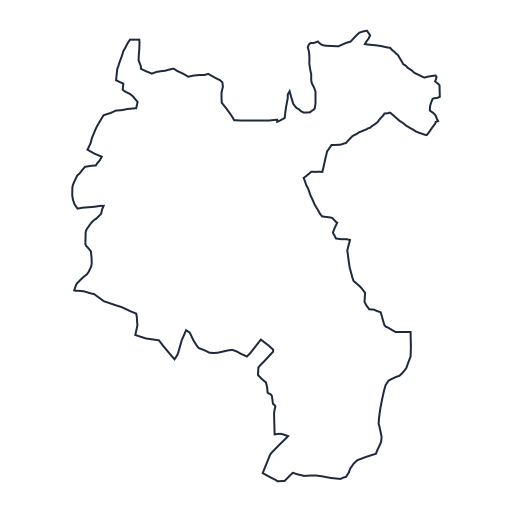 Al-Mosul, Ninawa, Iraq
{"feature_id": "34846034B66599568712680", "entity_name": "Al-Mosul", "entity_type": "district", "adm_level": 2, "iso_a3": "IRQ", "parent_name": "Iraq", "parent_adm1": "Ninawa", "projection": "natural_earth1", "projection_center": [43.075, 36.099], "detail": "fine", "context": "isolated", "style": "outline", "palette": "slate", "viewbox_px": 512, "rotation_deg": 0, "n_neighbors": 0, "source": "geoboundaries", "source_scale": "gbopen_adm2", "svg_char_len": 5497}
<svg xmlns="http://www.w3.org/2000/svg" viewBox="0 0 512 512"><path d="M438.1,121.0L437.0,119.1L435.3,115.0L433.5,113.2L429.8,110.5L430.0,107.0L430.5,104.5L431.6,101.3L432.6,98.9L433.5,98.4L437.3,97.9L439.8,96.8L439.5,85.2L438.6,84.3L435.1,81.3L436.1,78.9L436.5,76.8L435.5,75.5L432.5,75.9L428.1,76.6L424.4,77.6L422.0,76.6L419.2,75.1L415.9,73.6L414.0,72.5L411.7,70.4L408.6,68.4L407.3,67.4L405.8,65.7L403.3,64.3L402.2,62.2L399.0,56.9L398.1,55.2L395.8,53.4L394.6,52.0L392.2,50.1L390.2,47.9L385.5,47.1L381.4,46.1L375.9,45.3L367.3,44.5L364.9,44.1L366.6,41.2L368.5,38.7L370.1,35.3L369.6,34.5L366.9,30.7L363.3,31.4L359.8,32.5L358.3,33.6L355.4,36.4L352.2,39.9L350.4,41.7L346.3,42.8L340.2,45.5L338.5,46.3L327.1,45.8L323.1,45.3L321.1,44.4L318.8,42.6L317.9,41.5L316.6,42.0L313.4,43.1L310.6,43.0L309.2,44.1L308.4,45.7L307.9,46.5L307.8,47.6L308.2,48.7L308.9,51.5L309.2,53.8L309.4,57.4L309.4,60.1L309.3,63.5L310.0,68.4L310.6,71.6L311.2,74.3L311.2,76.3L311.2,79.8L311.5,82.2L312.4,84.4L314.2,87.9L315.5,91.6L315.5,94.8L315.5,101.4L315.5,103.8L314.9,107.3L314.6,108.9L309.7,112.4L303.7,112.6L300.9,111.1L298.6,109.1L296.5,108.0L294.6,105.7L293.3,104.0L291.5,98.1L289.6,91.3L287.8,94.4L287.7,98.4L286.0,107.3L285.2,113.4L284.7,118.0L279.7,120.7L277.2,121.8L277.1,119.7L269.3,120.5L252.2,120.5L240.8,120.5L234.2,120.2L231.7,116.0L226.3,108.4L221.7,102.7L221.5,96.2L221.5,92.5L222.9,86.6L222.4,82.4L219.9,80.1L215.1,77.8L208.3,73.9L204.4,75.0L199.2,75.0L193.5,75.6L188.2,76.7L186.4,75.6L183.5,73.9L176.9,70.8L173.9,68.8L172.1,68.8L169.3,69.6L164.8,70.8L161.6,71.1L156.6,71.9L151.8,73.6L145.7,71.1L140.9,68.8L140.9,66.3L140.0,64.0L139.1,61.7L138.6,60.3L138.8,55.2L139.3,48.7L139.5,43.1L139.3,39.7L130.0,39.7L127.4,43.6L124.9,48.5L123.3,51.2L123.0,52.3L121.7,56.5L120.3,60.2L119.2,63.2L118.1,66.9L117.3,68.6L116.4,77.0L116.1,80.3L120.1,82.2L123.3,83.6L122.7,89.8L125.5,91.8L129.9,93.9L132.9,96.3L137.6,102.0L136.2,108.2L127.4,109.0L122.1,110.1L115.8,110.6L110.6,113.0L103.6,115.2L102.3,117.3L97.2,125.9L95.5,129.4L91.9,138.1L90.5,143.4L87.5,149.7L94.9,153.9L101.8,156.7L99.5,160.7L97.2,163.3L95.8,165.5L92.2,165.7L89.4,166.1L85.0,166.8L82.0,170.3L79.5,173.6L77.2,175.5L76.2,177.7L74.7,180.8L73.0,184.7L72.4,187.3L72.3,190.4L72.2,195.0L72.9,199.6L74.5,204.2L77.5,208.6L82.6,207.7L94.1,206.8L100.1,205.9L103.6,205.9L102.0,209.7L101.2,213.6L99.9,215.1L96.7,218.2L93.2,220.8L91.1,223.0L88.6,226.5L87.2,228.5L86.0,230.7L85.6,233.3L85.4,244.2L86.1,245.8L88.9,248.8L90.9,251.4L91.6,258.7L91.7,263.7L91.2,266.5L88.7,271.8L87.0,274.2L84.0,276.6L81.7,278.6L80.2,280.1L78.3,282.1L76.9,283.4L75.6,286.2L74.2,290.4L75.8,290.8L79.0,290.8L83.9,291.3L87.6,292.4L90.8,293.4L94.2,294.1L98.6,297.4L104.0,301.3L115.9,305.3L121.9,307.2L130.3,311.2L136.2,313.6L136.7,316.0L137.4,325.4L135.3,335.0L146.0,338.5L154.0,339.6L158.9,340.3L163.0,345.7L170.8,355.0L174.5,359.3L177.3,355.0L177.3,354.9L178.0,353.4L180.5,344.7L181.7,340.3L184.2,334.6L186.1,330.2L189.7,332.6L190.7,334.6L193.4,340.3L197.4,346.6L199.0,348.2L203.6,349.9L206.1,351.0L209.3,352.7L210.4,352.8L213.7,353.0L216.9,352.8L217.9,352.7L227.6,350.5L228.5,350.3L232.2,349.9L234.1,350.5L236.7,351.4L240.9,353.8L242.4,354.5L246.9,356.5L248.9,354.5L250.6,352.7L255.0,347.1L258.4,342.7L260.9,339.6L264.9,342.7L268.3,345.3L273.2,349.7L273.1,351.7L264.0,361.5L260.7,364.8L258.4,367.4L258.2,370.9L258.0,375.1L262.8,379.9L266.0,382.5L267.2,387.8L267.6,392.8L270.9,394.5L271.8,395.9L272.3,398.7L272.7,402.2L273.1,404.0L274.6,405.1L275.4,406.4L274.6,409.6L274.1,413.1L274.1,416.4L274.3,423.0L274.6,433.9L274.6,434.4L275.9,434.2L277.8,433.9L281.1,433.9L281.3,433.9L282.4,434.2L283.8,434.6L288.1,436.1L284.9,439.4L279.4,444.7L275.2,449.0L271.1,453.2L269.9,455.2L262.7,473.1L270.1,477.2L275.6,479.9L277.5,481.3L284.6,480.9L290.7,474.8L292.8,472.8L298.1,474.5L302.7,475.5L303.5,475.9L312.0,475.5L315.9,475.5L321.4,476.2L330.4,477.9L337.0,478.6L340.6,478.9L343.6,477.5L346.0,476.9L348.8,472.5L350.1,468.7L353.7,463.6L357.3,460.2L360.8,458.9L365.2,457.2L372.6,454.8L375.9,453.8L377.5,449.7L379.2,446.3L381.1,441.9L381.6,436.8L379.4,426.3L378.6,423.9L378.8,421.4L378.9,419.2L379.7,412.7L380.2,409.3L382.2,398.8L384.1,390.3L385.7,384.9L388.7,380.5L395.6,377.1L399.4,375.8L402.7,372.7L406.2,368.3L408.4,362.2L410.6,356.4L410.9,346.6L410.6,334.8L410.6,332.0L395.5,332.0L393.0,330.6L388.1,327.6L385.6,326.6L384.3,324.9L380.7,312.3L376.4,310.8L373.9,309.6L369.2,309.3L366.3,305.3L364.5,301.9L365.1,292.8L360.8,287.3L356.4,283.3L353.5,280.9L352.3,277.3L350.2,269.4L349.7,267.8L348.2,257.4L347.3,250.2L348.8,244.5L350.0,240.0L346.6,239.2L341.3,239.2L336.0,238.5L332.9,232.6L334.3,228.8L337.2,222.7L336.2,222.1L332.3,218.0L330.5,217.5L326.4,217.0L322.1,216.4L320.0,213.8L317.8,209.8L314.8,204.9L312.6,199.8L310.4,195.2L308.1,188.5L306.5,185.7L304.5,180.1L303.7,177.9L305.1,176.9L306.7,175.7L306.9,175.4L309.5,173.3L311.3,171.7L315.4,171.9L318.8,171.7L322.4,171.9L322.7,170.4L323.7,166.3L325.4,158.5L327.2,151.0L328.1,150.1L331.5,145.0L332.2,145.0L334.3,145.0L340.5,144.7L344.3,143.4L345.9,143.1L347.8,140.9L350.1,138.6L352.4,136.1L355.2,134.7L356.8,133.9L359.4,132.1L361.8,131.3L364.2,130.2L366.6,129.3L368.2,128.3L370.2,127.7L372.0,126.1L374.9,124.2L377.6,122.1L379.7,119.2L383.0,115.7L384.5,113.5L386.0,113.4L388.4,113.2L389.3,112.6L390.4,112.9L393.4,115.4L396.7,118.3L399.5,120.8L403.3,123.2L405.8,125.4L410.1,128.0L413.0,129.6L416.1,131.6L419.2,132.8L424.8,134.7L426.6,135.1L428.4,133.1L430.6,129.9L432.9,126.6L435.2,123.7L435.7,121.9L438.1,121.0Z" fill="none" stroke="#1e293b" stroke-width="2"/></svg>